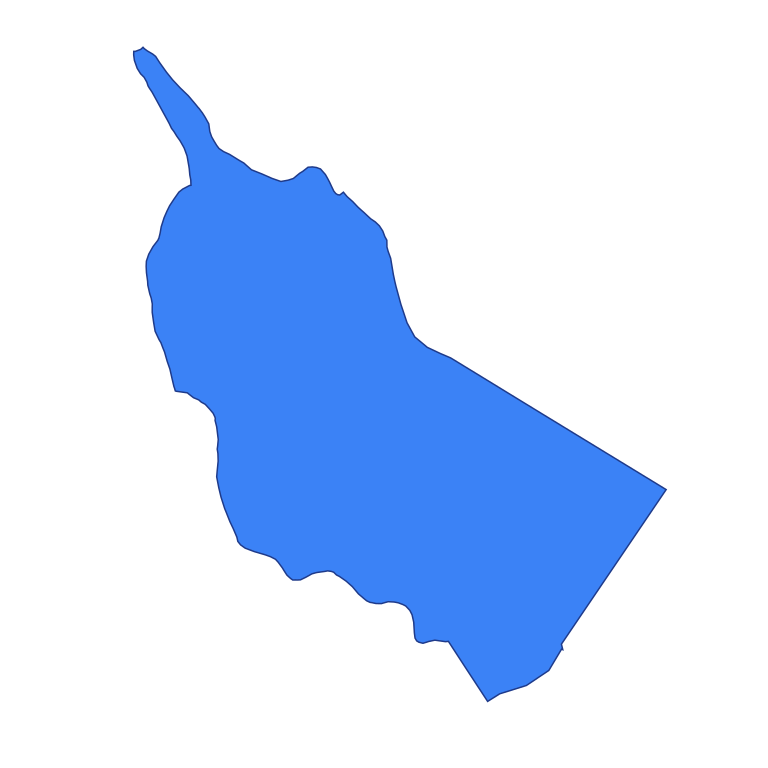 Bara Bara, Dennery, Saint Lucia (Equal Earth projection), rotated 188°
{"feature_id": "8701671B88887342435419", "entity_name": "Bara Bara", "entity_type": "district", "adm_level": 2, "iso_a3": "LCA", "parent_name": "Saint Lucia", "parent_adm1": "Dennery", "projection": "equal_earth", "projection_center": [-60.931, 13.959], "detail": "fine", "context": "isolated", "style": "filled", "palette": "blue", "viewbox_px": 768, "rotation_deg": 188, "n_neighbors": 0, "source": "geoboundaries", "source_scale": "gbopen_adm2", "svg_char_len": 3767}
<svg xmlns="http://www.w3.org/2000/svg" viewBox="0 0 768 768"><g transform="rotate(188 384 384)"><path d="M319.7,143.8L319.3,141.8L318.5,138.9L317.9,136.7L315.8,134.1L314.3,133.5L313.7,133.2L310.5,132.8L309.3,132.7L305.6,134.4L303.8,135.3L302.9,135.6L298.0,137.4L294.0,137.4L287.2,137.4L284.4,138.1L262.1,112.5L237.2,84.1L235.3,85.7L226.3,93.3L201.0,105.3L180.9,123.3L171.3,146.1L170.0,145.8L172.1,151.1L89.9,318.7L223.2,376.4L321.6,419.1L327.8,420.8L332.3,422.0L346.2,426.3L353.9,431.1L360.1,434.9L369.7,447.8L375.9,460.3L378.3,465.1L385.7,482.3L387.5,486.9L390.0,493.8L394.9,509.4L398.4,516.0L400.2,520.2L400.3,521.1L401.2,526.8L403.7,530.1L406.5,535.3L410.6,540.0L415.2,543.3L420.1,545.7L424.0,548.4L427.5,550.9L431.3,553.4L434.5,555.6L440.4,560.3L446.0,564.0L446.7,564.5L447.7,565.4L450.9,568.3L451.5,567.7L454.1,565.0L456.2,565.0L456.7,565.2L458.3,565.9L460.0,567.5L460.4,567.8L463.2,572.0L466.0,576.3L468.6,579.9L471.2,583.3L476.8,588.1L479.2,588.6L481.0,589.0L485.2,589.0L486.9,588.6L489.4,588.1L494.0,583.3L496.3,581.4L496.8,581.0L502.4,574.9L507.3,572.5L514.3,570.2L523.4,572.0L534.4,575.1L535.3,575.3L545.1,577.7L550.7,581.4L553.5,583.3L557.0,584.7L559.4,585.7L568.9,589.9L575.2,591.8L580.1,594.2L582.9,597.0L586.0,600.8L588.8,604.4L589.2,605.0L591.6,609.7L592.4,612.5L593.7,617.2L596.7,621.2L597.3,622.0L598.2,623.2L601.5,627.1L605.7,631.3L606.4,631.8L609.5,634.7L617.9,642.2L627.0,648.8L635.8,655.9L636.2,656.3L642.8,662.5L650.8,670.9L653.4,673.9L655.7,676.6L658.9,678.5L660.8,679.3L664.5,680.8L668.0,682.7L668.4,683.0L669.5,683.9L671.5,681.5L676.5,678.8L678.1,678.6L677.7,675.1L676.7,671.5L676.2,669.7L672.3,662.2L668.2,657.3L664.2,654.3L660.8,649.8L659.9,647.9L659.1,646.3L657.4,644.2L654.6,641.1L653.8,640.1L646.7,630.6L640.7,622.5L640.1,621.7L635.9,616.1L632.6,611.6L632.3,611.1L630.0,607.6L627.2,604.8L626.6,604.1L623.7,600.6L619.9,596.6L615.8,591.3L614.7,589.8L613.4,587.4L610.8,582.5L609.8,579.5L608.6,575.7L607.5,572.4L607.2,571.3L606.9,570.4L605.4,564.0L603.9,559.6L603.7,558.9L602.8,553.9L604.2,553.5L610.5,549.0L611.5,547.9L613.8,545.5L618.0,537.3L618.3,536.6L621.1,530.7L623.0,524.9L624.9,518.1L626.0,511.6L626.5,508.7L626.6,505.4L626.7,502.1L627.2,497.2L627.5,496.4L627.9,494.9L630.8,489.8L631.9,487.8L635.0,479.9L636.4,472.6L635.9,467.4L634.7,461.1L633.1,455.4L632.4,452.9L631.6,448.9L629.2,442.5L628.4,440.5L626.5,436.7L624.6,431.1L624.2,427.7L623.5,422.7L620.6,412.6L618.0,404.4L613.1,396.9L612.2,395.7L610.8,394.1L607.9,388.8L605.8,385.2L601.8,376.2L599.6,371.9L598.1,369.0L595.0,360.8L591.7,352.3L590.8,350.6L589.7,348.1L588.7,347.9L577.5,347.9L575.6,346.7L571.4,344.3L570.7,343.9L569.5,343.6L565.3,342.5L562.4,340.6L560.0,339.7L558.2,339.0L554.4,335.9L553.2,334.9L549.1,331.2L547.0,328.0L546.3,326.6L546.2,324.4L544.0,319.0L543.6,317.9L542.3,313.0L541.8,311.1L540.4,305.9L540.1,299.4L540.1,296.3L539.4,294.1L538.8,292.1L537.5,284.6L537.1,275.0L536.9,271.2L536.8,269.5L536.8,268.9L533.3,258.6L529.6,249.2L524.4,238.4L522.4,235.0L517.4,226.2L513.1,219.7L512.5,218.7L508.4,211.9L506.8,207.7L503.6,204.7L498.6,202.1L489.2,200.0L488.6,199.9L477.7,198.3L472.4,197.2L467.0,195.3L465.7,194.2L464.1,192.9L458.9,187.6L457.8,186.2L456.2,184.3L453.5,181.2L450.9,179.4L448.9,178.1L447.0,177.2L444.5,177.6L442.1,177.9L440.8,178.2L439.5,178.4L436.7,180.3L434.6,181.7L431.4,184.1L429.1,185.9L425.5,187.5L424.2,188.0L422.1,188.6L418.2,189.7L416.1,190.3L413.9,191.1L410.1,191.1L407.6,190.6L404.5,188.3L403.7,188.0L401.5,187.3L394.2,183.6L387.1,178.9L380.1,172.6L373.8,168.6L371.0,166.9L367.4,165.8L365.1,165.8L364.5,165.7L361.3,165.5L355.9,166.2L354.0,167.1L349.6,169.0L343.8,169.5L343.1,169.5L339.3,169.3L336.7,168.7L334.8,168.3L331.6,167.2L326.9,163.4L324.1,159.4L321.4,152.2L319.7,143.8Z" fill="#3b82f6" stroke="#1e3a8a" stroke-width="1.5"/></g></svg>